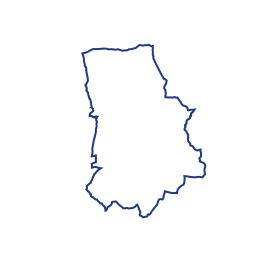 outline of Guatavita, Cundinamarca, Colombia, rotated 49°
{"feature_id": "7082276B39206984179134", "entity_name": "Guatavita", "entity_type": "district", "adm_level": 2, "iso_a3": "COL", "parent_name": "Colombia", "parent_adm1": "Cundinamarca", "projection": "robinson", "projection_center": [-73.779, 4.906], "detail": "fine", "context": "isolated", "style": "outline", "palette": "blue", "viewbox_px": 256, "rotation_deg": 49, "n_neighbors": 0, "source": "geoboundaries", "source_scale": "gbopen_adm2", "svg_char_len": 5750}
<svg xmlns="http://www.w3.org/2000/svg" viewBox="0 0 256 256"><g transform="rotate(49 128 128)"><path d="M68.2,78.3L66.2,81.2L65.7,81.7L63.1,83.3L62.3,83.7L62.0,83.9L60.9,85.8L60.0,86.8L59.4,87.2L58.1,88.4L57.4,89.0L57.0,89.8L55.4,91.4L54.3,92.0L53.3,92.9L51.3,95.3L50.2,96.9L47.5,100.4L45.8,102.2L45.3,103.2L44.7,105.7L44.4,106.4L44.2,108.0L43.8,109.5L43.2,110.9L42.0,112.9L41.8,113.5L43.3,114.0L46.1,115.4L47.7,116.7L49.3,117.7L51.8,118.9L52.5,119.8L53.4,119.9L53.7,119.7L54.3,119.8L54.8,119.9L55.0,120.2L55.3,120.4L55.8,120.6L56.2,121.0L56.9,121.3L57.2,121.9L57.6,122.0L59.6,123.3L60.3,123.6L63.0,125.2L64.0,125.6L64.5,126.2L65.8,127.0L66.1,127.3L66.8,129.3L67.6,130.9L67.5,131.7L67.6,132.0L68.1,132.3L69.3,132.3L69.8,132.7L70.1,132.6L70.5,133.0L70.8,133.1L71.5,133.5L72.0,134.0L72.2,134.7L72.4,134.8L73.2,134.9L73.5,135.0L73.8,134.8L74.4,134.9L74.9,134.9L76.8,136.1L80.4,137.8L80.6,137.9L81.3,137.6L82.4,138.0L88.2,141.7L88.4,141.9L88.4,142.1L88.6,141.9L89.1,141.8L90.4,141.9L91.3,142.5L91.9,142.6L92.4,143.4L92.4,143.8L92.2,146.5L92.3,146.8L92.3,147.2L93.0,148.0L93.1,148.4L93.6,148.9L93.7,148.5L93.9,148.3L94.5,148.3L95.0,147.5L96.1,147.2L96.4,147.3L96.9,147.1L97.4,146.8L97.4,146.4L97.5,146.3L97.9,146.2L98.0,146.0L98.3,146.1L98.7,146.0L98.4,145.5L98.5,145.0L98.4,144.9L98.2,144.8L98.2,144.6L98.5,144.3L98.8,144.4L99.2,144.4L99.4,144.1L99.5,144.6L100.5,146.2L100.8,146.5L101.6,146.8L101.8,147.2L102.9,147.4L103.3,147.6L103.6,148.3L104.2,149.1L105.7,150.2L106.7,151.1L107.1,151.6L107.0,151.8L107.2,152.2L109.1,154.3L109.4,154.3L110.9,156.1L113.0,159.1L115.0,162.1L118.5,166.3L120.0,168.3L122.8,170.5L123.1,170.9L123.7,171.4L125.5,173.9L125.6,174.0L126.8,171.8L127.1,171.6L127.3,170.7L127.5,170.3L128.3,171.0L129.4,171.7L132.9,174.9L132.5,175.4L132.0,176.4L131.7,177.2L131.3,179.0L132.5,179.7L134.3,181.2L135.5,178.7L136.1,178.0L137.1,177.3L138.4,176.6L140.5,174.9L140.3,175.9L140.2,179.0L140.4,179.7L140.5,181.3L140.9,182.8L140.7,183.5L140.7,183.8L141.4,184.7L141.7,185.8L143.0,188.3L143.4,188.9L144.2,191.1L144.9,192.0L144.9,192.5L144.7,193.7L144.7,195.2L144.7,196.6L145.0,197.1L145.6,197.8L146.4,198.3L146.7,198.9L146.9,199.6L149.5,199.8L150.8,199.4L152.5,199.7L153.0,200.0L153.8,200.0L154.5,200.3L154.5,200.0L155.2,200.5L155.7,200.6L156.1,200.5L157.4,199.8L158.0,199.9L158.8,199.6L160.0,199.6L161.0,199.1L161.7,198.3L163.4,198.7L165.0,198.3L166.6,198.4L167.2,197.9L167.7,197.2L169.9,197.7L170.4,197.7L171.2,197.3L173.2,197.5L175.6,199.3L175.9,198.7L175.4,197.2L175.0,196.5L174.4,195.0L174.7,194.1L174.6,193.1L175.0,192.4L175.1,191.7L174.8,191.0L174.6,190.0L173.7,189.1L173.5,188.6L174.0,187.4L174.4,186.8L175.5,185.4L177.4,185.2L179.8,185.2L182.9,184.6L184.0,184.3L185.6,184.3L185.9,183.7L186.6,183.2L187.2,181.8L188.0,180.9L189.2,180.3L191.3,177.2L191.8,175.9L192.0,174.6L192.0,173.6L191.7,172.0L191.8,171.5L193.6,171.8L195.0,172.2L196.9,173.1L198.1,173.4L199.9,174.1L200.3,174.5L200.7,175.7L201.2,176.2L201.9,176.3L203.3,175.5L204.3,175.4L205.1,175.4L207.2,171.8L207.3,171.2L206.4,170.2L206.3,169.9L206.5,169.3L207.5,168.6L207.5,167.9L206.5,164.9L206.0,162.5L206.0,162.0L205.6,160.6L205.5,159.4L205.2,158.4L205.0,156.8L204.4,155.4L203.2,153.5L202.4,151.7L202.4,151.3L202.6,150.7L202.8,150.5L203.2,149.8L203.6,149.5L204.2,149.2L204.5,149.0L204.3,147.7L203.5,146.4L202.8,146.1L201.7,144.3L201.5,143.6L200.9,142.7L200.2,142.2L199.9,141.7L204.5,138.6L206.5,137.0L207.2,136.1L208.2,134.6L209.4,133.7L209.1,133.2L208.2,132.5L207.5,131.6L207.0,130.5L206.7,129.5L206.6,126.8L206.8,124.6L207.1,123.4L207.0,122.9L206.0,121.2L204.1,119.2L203.3,118.4L201.3,117.0L203.0,115.3L205.7,113.2L206.7,112.1L208.3,110.8L208.5,110.4L209.4,109.6L210.9,107.0L214.2,104.0L213.8,103.1L213.5,100.3L210.3,98.3L208.3,96.1L208.1,95.4L207.4,94.6L206.5,94.1L205.7,93.9L205.2,93.8L204.3,93.9L203.3,94.2L200.8,95.6L200.1,95.6L200.0,94.9L199.9,94.8L197.8,94.2L197.7,94.0L197.5,91.9L196.2,90.5L194.3,89.0L193.0,88.6L192.4,88.1L192.2,87.4L191.9,87.3L190.6,90.1L190.2,90.6L189.7,90.9L188.0,91.5L187.4,91.5L186.9,91.5L185.8,91.2L184.1,91.2L183.3,91.5L182.6,92.2L182.1,92.4L181.5,92.1L180.9,91.4L180.3,91.1L178.9,91.2L178.0,91.1L177.6,91.2L177.4,91.2L175.5,89.8L174.8,88.7L174.0,88.6L173.6,88.2L173.1,87.5L172.5,87.0L170.5,86.8L169.5,86.4L168.8,86.2L167.6,86.2L166.8,86.5L166.0,86.2L165.3,85.1L165.3,84.5L165.0,84.0L164.6,83.7L164.0,83.7L163.8,83.6L163.2,82.9L163.5,82.3L163.4,82.2L163.1,81.9L163.1,81.4L162.8,80.7L162.1,80.4L162.0,80.1L161.4,79.4L161.2,78.9L160.8,78.6L160.8,77.8L160.6,77.5L161.0,77.0L161.3,76.3L161.2,75.5L161.2,75.2L161.1,74.5L161.0,74.3L160.9,74.3L160.6,74.3L160.3,74.0L160.1,73.4L160.3,72.8L159.8,72.5L159.7,72.4L159.6,71.6L159.4,71.5L159.1,71.7L158.5,70.4L158.2,70.5L158.1,70.4L158.1,70.1L158.4,69.5L158.5,69.1L158.4,68.5L158.4,68.1L158.0,66.8L157.7,65.7L156.9,67.0L156.2,67.7L155.2,69.1L154.4,70.6L153.9,71.1L153.4,70.7L152.8,70.6L152.1,70.1L150.9,69.9L150.6,69.9L149.9,70.2L149.1,70.3L148.4,71.1L148.0,71.2L147.2,71.6L146.1,71.9L144.6,71.7L143.0,71.1L141.9,71.3L137.4,70.7L137.2,71.2L136.8,71.7L136.3,72.1L135.3,72.4L134.4,74.3L133.1,75.5L131.5,77.5L129.3,79.6L129.1,79.6L128.6,78.8L127.9,78.2L126.6,76.5L125.3,76.0L124.4,75.2L123.9,74.9L123.1,74.9L122.6,74.8L121.8,74.5L121.4,74.3L120.8,73.5L120.3,72.3L119.8,71.6L119.6,70.5L119.5,70.0L118.7,69.2L117.7,67.8L117.4,67.7L116.1,67.8L114.9,68.5L113.7,68.6L112.7,68.2L109.6,67.7L94.9,64.1L94.0,63.5L93.3,63.5L92.8,63.4L91.5,62.8L91.0,62.0L90.3,61.8L89.9,61.5L88.9,61.3L87.1,59.4L86.6,59.1L85.7,58.6L83.9,56.7L83.1,56.2L82.3,55.4L82.1,55.6L81.9,56.5L81.6,56.8L78.7,57.8L78.3,58.5L78.0,59.3L76.6,60.8L76.2,62.0L74.7,63.5L73.3,64.5L72.8,65.2L72.7,65.5L72.8,66.2L72.6,70.0L71.6,71.7L71.0,73.2L70.4,74.2L69.4,75.3L69.1,76.0L69.0,77.0L68.8,77.8L68.2,78.3Z" fill="none" stroke="#1e3a8a" stroke-width="2"/></g></svg>